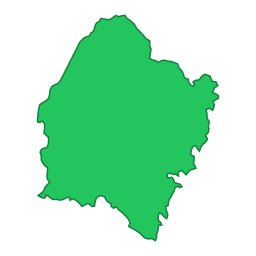 the district of Lagoão, Rio Grande do Sul, Brazil
{"feature_id": "56859067B28681273525676", "entity_name": "Lagoão", "entity_type": "district", "adm_level": 2, "iso_a3": "BRA", "parent_name": "Brazil", "parent_adm1": "Rio Grande do Sul", "projection": "robinson", "projection_center": [-52.774, -29.241], "detail": "fine", "context": "isolated", "style": "filled", "palette": "green", "viewbox_px": 256, "rotation_deg": 0, "n_neighbors": 0, "source": "geoboundaries", "source_scale": "gbopen_adm2", "svg_char_len": 2842}
<svg xmlns="http://www.w3.org/2000/svg" viewBox="0 0 256 256"><path d="M149.8,40.9L147.0,39.2L145.1,37.8L143.5,35.4L140.7,32.5L138.6,30.3L136.7,28.7L135.5,26.1L133.8,23.8L130.4,20.6L126.7,18.2L125.1,15.4L122.1,15.7L118.8,16.7L115.9,15.4L109.9,19.6L107.1,19.5L103.3,18.9L100.9,18.5L99.4,21.1L97.0,22.6L95.4,24.8L94.4,28.8L93.1,31.6L90.7,33.1L89.4,36.0L86.8,36.7L83.8,38.0L79.8,42.3L60.7,80.1L57.8,83.6L54.8,84.7L52.2,86.3L50.1,89.6L49.7,94.0L48.7,98.3L45.3,101.3L42.1,103.0L39.6,105.0L38.3,111.0L37.9,115.8L37.5,119.4L37.7,122.2L40.0,122.5L42.1,120.7L44.5,123.8L44.6,128.7L43.9,133.2L46.6,135.6L48.3,137.1L48.6,140.3L48.3,143.9L46.9,147.8L43.5,148.3L41.3,149.6L40.1,152.2L41.3,155.9L41.2,159.9L43.4,163.9L45.4,166.2L47.4,167.4L47.6,170.4L47.2,173.0L46.9,176.5L47.5,179.4L49.7,182.5L47.5,184.6L45.0,187.2L43.6,191.2L40.7,193.6L38.1,195.6L40.1,196.8L42.7,197.9L45.1,197.8L46.2,195.1L48.5,196.3L50.6,198.1L53.0,199.6L56.3,199.2L59.2,200.1L62.0,199.8L64.2,198.9L66.5,197.6L69.2,197.4L70.1,200.3L72.2,198.8L75.2,199.8L77.0,201.1L79.5,203.4L81.8,206.4L83.8,205.5L87.6,203.5L89.8,204.4L92.0,206.5L94.5,206.1L94.8,203.5L95.5,200.9L96.2,198.2L99.5,195.6L102.4,196.0L104.7,197.0L105.7,199.3L108.1,202.3L110.8,203.4L111.2,206.5L113.6,208.2L116.3,206.8L118.5,209.6L121.1,211.7L123.3,213.6L126.7,217.0L128.7,219.7L130.1,222.6L128.7,226.4L130.9,227.8L133.9,229.1L137.1,231.3L140.7,233.7L143.3,236.7L145.5,238.1L147.7,238.9L151.9,238.6L155.4,240.6L156.5,238.0L156.6,234.6L158.0,229.8L158.6,224.9L161.7,225.2L160.6,222.4L158.1,220.2L158.2,216.6L159.1,212.8L161.7,213.9L163.9,216.7L166.7,218.6L167.8,214.8L166.6,211.3L165.5,206.4L168.0,205.7L168.5,202.0L169.3,199.3L171.3,196.4L172.8,193.3L174.2,191.1L175.1,187.3L177.7,186.4L179.8,187.6L182.0,186.7L180.3,184.4L177.8,183.5L174.6,182.8L173.6,179.5L171.8,177.3L169.6,178.0L167.4,177.3L167.1,173.8L169.9,173.3L172.7,174.3L175.1,174.1L178.5,176.0L178.0,172.4L181.8,170.4L184.2,173.0L186.1,174.8L188.6,171.8L191.0,169.7L193.8,169.0L195.9,168.3L195.1,165.9L193.5,164.1L194.0,160.1L194.2,156.4L190.7,154.8L191.1,151.1L191.9,148.3L193.3,146.1L195.8,145.9L197.5,149.0L199.4,151.2L200.7,147.5L202.2,144.8L205.4,142.3L207.5,139.2L205.6,135.5L208.4,132.2L208.9,129.1L208.4,126.3L209.3,121.8L207.0,118.3L207.1,114.9L206.6,111.9L206.2,109.3L209.7,108.3L212.6,110.3L213.7,107.7L214.4,105.3L213.0,101.7L216.0,99.5L218.5,98.3L218.4,95.6L216.1,94.0L212.5,92.6L214.2,88.2L217.8,85.5L216.0,81.8L212.6,81.6L211.0,78.7L210.1,76.2L207.6,75.2L205.0,74.2L201.6,76.3L200.2,78.8L198.2,80.1L195.3,80.4L193.0,82.0L194.4,84.2L193.2,86.3L190.7,85.0L188.8,82.4L188.3,79.1L186.2,78.7L184.2,77.2L183.5,74.5L182.1,71.2L178.8,67.6L177.6,63.8L175.1,63.0L172.0,61.7L167.5,61.1L164.7,60.2L161.7,60.6L158.1,62.5L155.3,60.4L152.7,60.2L149.6,58.3L150.6,51.9L151.0,49.1L149.6,45.0L149.8,40.9Z" fill="#22c55e" stroke="#15803d" stroke-width="1.5"/></svg>